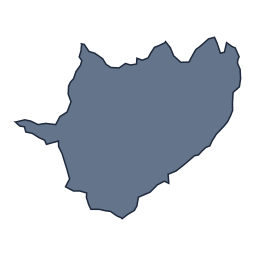 Malia, Limassol, Cyprus (orthographic projection)
{"feature_id": "46923920B95494316044339", "entity_name": "Malia", "entity_type": "district", "adm_level": 2, "iso_a3": "CYP", "parent_name": "Cyprus", "parent_adm1": "Limassol", "projection": "orthographic", "projection_center": [32.764, 34.803], "detail": "fine", "context": "isolated", "style": "filled", "palette": "slate", "viewbox_px": 256, "rotation_deg": 0, "n_neighbors": 0, "source": "geoboundaries", "source_scale": "gbopen_adm2", "svg_char_len": 1403}
<svg xmlns="http://www.w3.org/2000/svg" viewBox="0 0 256 256"><path d="M15.4,122.0L19.7,126.0L24.4,126.8L25.8,132.0L32.2,133.3L38.9,137.6L44.7,140.3L46.4,144.4L58.4,141.0L58.6,146.6L62.1,153.6L67.1,169.8L69.6,178.9L65.5,186.8L73.5,191.0L79.8,191.0L86.7,193.0L86.4,197.3L88.7,204.7L90.9,209.3L99.0,209.3L101.4,209.8L105.3,210.7L110.5,211.4L114.3,214.1L117.3,216.1L121.6,217.9L122.1,218.7L127.7,214.4L134.4,210.4L136.9,205.9L138.4,197.2L150.0,192.2L157.4,184.8L164.3,181.2L168.8,183.3L168.1,174.3L176.2,170.9L184.4,164.4L194.5,155.7L198.4,155.0L201.8,151.2L205.8,147.5L209.8,145.9L210.9,143.5L211.9,141.2L216.2,134.3L224.1,126.0L227.5,121.8L230.4,116.1L232.6,110.5L232.5,102.3L233.1,92.4L239.4,86.8L240.6,78.6L240.1,69.4L238.2,64.9L237.4,62.8L237.9,59.7L239.1,56.7L235.2,47.9L231.9,46.5L226.6,42.6L224.4,52.2L220.4,53.2L217.1,43.2L214.5,37.3L208.5,38.9L200.8,45.8L195.8,49.6L192.9,54.7L188.9,62.1L180.8,62.3L173.6,55.8L170.4,47.8L165.5,41.6L164.9,42.7L159.0,45.6L154.5,47.3L150.7,53.1L148.1,57.9L142.3,60.2L136.9,58.2L136.5,64.0L130.5,65.0L125.4,63.5L119.1,67.9L111.0,67.5L106.2,64.5L102.6,58.7L94.9,53.3L89.0,51.5L84.2,44.4L81.5,43.9L81.6,44.1L81.0,50.9L79.2,56.9L81.8,60.6L80.5,65.2L76.0,71.5L73.6,78.6L70.5,82.1L68.6,86.0L68.2,94.0L71.0,101.8L67.1,112.0L59.9,116.6L55.7,124.6L45.6,123.4L38.0,124.6L30.8,121.1L24.8,119.8L15.8,122.0L15.4,122.0Z" fill="#64748b" stroke="#1e293b" stroke-width="1.5"/></svg>